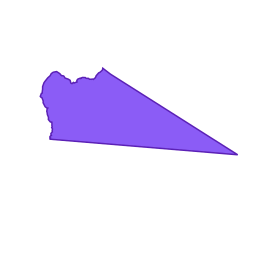 outline of Elechui, Palau, rotated 50°
{"feature_id": "81905179B66234991007705", "entity_name": "Elechui", "entity_type": "district", "adm_level": 2, "iso_a3": "PLW", "parent_name": "Palau", "parent_adm1": "", "projection": "natural_earth1", "projection_center": [134.481, 7.438], "detail": "fine", "context": "isolated", "style": "filled", "palette": "violet", "viewbox_px": 256, "rotation_deg": 50, "n_neighbors": 0, "source": "geoboundaries", "source_scale": "gbopen_adm2", "svg_char_len": 1204}
<svg xmlns="http://www.w3.org/2000/svg" viewBox="0 0 256 256"><g transform="rotate(50 128 128)"><path d="M66.0,108.9L67.2,110.4L67.3,113.6L66.9,115.0L67.5,118.8L68.3,120.2L68.6,121.6L68.4,122.1L68.6,123.2L67.4,124.0L67.1,124.9L66.5,125.4L65.9,126.2L64.7,126.3L64.1,126.9L63.5,127.7L62.8,128.2L61.9,128.3L60.0,130.4L59.6,131.7L59.9,131.9L59.7,132.5L59.1,132.6L58.3,134.9L58.6,136.5L60.0,137.7L59.6,138.2L58.9,140.4L58.0,140.5L58.0,142.4L56.7,142.9L56.0,142.5L54.3,141.7L52.3,142.3L49.3,144.1L47.1,143.8L46.2,144.2L45.1,145.3L42.5,145.3L39.9,146.1L38.9,146.4L38.1,147.8L37.2,149.5L37.0,151.8L37.9,154.0L38.0,157.2L38.8,161.2L39.3,163.2L40.4,165.1L41.4,166.8L43.4,168.5L45.0,170.3L46.1,171.2L45.8,172.1L46.5,173.3L47.4,174.9L48.5,174.9L49.6,174.5L52.8,175.6L54.1,176.8L57.1,177.5L58.4,177.8L60.3,177.4L61.2,176.7L61.4,177.7L63.0,179.5L64.3,180.1L66.0,181.2L67.7,181.7L68.7,182.1L69.4,182.7L70.4,183.6L73.5,183.6L74.5,182.6L75.8,183.5L77.3,184.8L78.3,185.3L78.6,186.2L80.1,186.4L81.5,188.0L82.3,188.4L82.6,190.5L83.5,191.2L84.5,191.5L84.2,192.2L84.4,193.3L84.9,193.7L85.5,194.3L85.9,193.9L86.6,194.8L218.2,62.0L219.0,61.2L75.5,106.8L66.0,108.9Z" fill="#8b5cf6" stroke="#5b21b6" stroke-width="1.5"/></g></svg>